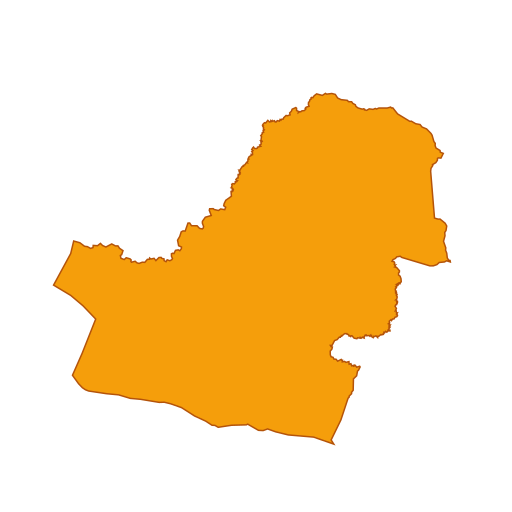 the district of Kawambwa, Luapula, Zambia, rotated 283°
{"feature_id": "96606910B68487362337591", "entity_name": "Kawambwa", "entity_type": "district", "adm_level": 2, "iso_a3": "ZMB", "parent_name": "Zambia", "parent_adm1": "Luapula", "projection": "albers", "projection_center": [29.568, -9.766], "detail": "fine", "context": "isolated", "style": "filled", "palette": "amber", "viewbox_px": 512, "rotation_deg": 283, "n_neighbors": 0, "source": "geoboundaries", "source_scale": "gbopen_adm2", "svg_char_len": 6130}
<svg xmlns="http://www.w3.org/2000/svg" viewBox="0 0 512 512"><g transform="rotate(283 256 256)"><path d="M293.9,446.7L295.3,446.1L295.3,444.6L297.2,442.8L301.7,441.2L304.3,439.4L306.6,439.1L312.5,435.4L318.2,435.6L321.4,434.6L323.5,435.4L328.1,435.1L330.5,432.9L333.4,427.0L332.9,425.2L333.1,421.4L377.9,407.1L380.8,406.8L383.9,407.9L384.7,407.4L387.4,410.2L390.0,411.2L391.9,410.9L392.6,411.5L393.0,414.2L398.1,415.4L398.6,412.2L400.2,411.6L401.7,407.1L403.9,405.7L406.1,405.3L407.5,403.6L413.3,400.4L414.8,398.9L418.2,393.6L419.0,388.8L421.0,386.3L420.8,381.9L422.3,377.0L421.8,375.6L426.3,362.0L431.1,356.0L430.7,354.7L431.4,353.7L429.7,350.6L427.8,342.4L426.3,340.3L426.6,339.0L425.2,337.1L424.8,333.2L422.8,331.0L422.8,328.9L423.4,328.9L423.7,327.9L423.0,326.5L423.2,322.2L424.2,319.7L425.7,318.8L426.5,315.9L427.8,314.5L427.2,311.4L428.2,310.0L427.5,303.7L428.3,300.0L431.3,296.9L431.4,293.3L429.6,288.4L430.1,287.1L427.4,284.5L427.6,278.6L425.2,276.6L423.0,275.8L423.1,274.6L422.4,274.0L421.4,274.4L420.5,273.4L418.4,273.3L417.6,272.6L415.5,272.9L413.8,274.0L412.3,271.4L411.0,270.7L410.5,271.5L408.6,270.4L407.7,268.0L406.6,267.2L406.6,266.3L405.2,265.0L406.4,265.0L406.9,262.8L409.1,262.3L409.6,261.4L407.2,258.2L405.0,257.9L403.0,256.6L401.2,257.5L399.7,255.0L399.7,253.7L397.0,251.9L395.5,251.7L395.1,250.3L394.0,249.8L394.5,248.8L392.7,248.5L392.7,246.3L391.0,245.3L391.1,244.1L392.0,243.6L390.9,241.6L391.5,241.3L390.6,240.7L391.2,240.0L390.1,239.9L389.6,239.0L390.8,237.0L387.8,235.5L387.8,234.3L386.4,233.4L384.9,232.9L384.4,233.9L383.8,233.5L382.6,234.6L381.3,234.6L380.8,235.7L379.5,234.7L378.3,235.6L377.3,234.3L376.4,234.6L374.3,233.6L373.7,234.5L370.0,234.8L369.6,235.5L369.4,235.0L369.0,236.1L368.2,235.6L368.4,235.1L366.3,235.9L364.9,234.6L364.0,236.0L362.4,233.0L361.5,233.1L360.8,232.3L360.4,230.3L361.6,229.1L360.5,228.4L358.7,227.9L358.0,229.4L356.7,228.4L356.2,229.2L354.2,229.8L353.9,228.5L353.2,229.1L351.3,227.0L349.5,226.5L348.9,227.2L348.4,226.4L346.4,226.8L345.4,226.0L344.9,226.5L344.9,225.7L342.3,224.6L341.3,223.2L340.6,223.6L339.9,222.4L335.9,220.9L335.8,220.3L335.3,221.0L334.9,220.4L334.0,220.9L333.7,221.8L332.4,221.3L332.3,222.0L331.5,221.6L331.3,220.3L328.1,221.0L327.8,220.2L326.0,219.2L325.1,220.0L325.2,221.0L324.3,220.6L323.8,219.2L323.2,219.6L321.3,218.6L321.4,217.2L320.4,216.2L319.5,216.8L317.5,216.6L317.1,217.2L316.8,216.8L316.5,218.2L315.9,218.1L315.5,219.0L314.3,218.8L314.7,218.0L313.3,218.1L313.2,217.2L308.7,218.6L303.5,214.0L300.0,213.2L297.7,213.2L296.7,215.5L294.1,215.1L293.9,211.0L291.9,209.2L291.9,204.7L292.5,203.7L291.6,200.2L290.0,200.2L285.4,203.3L282.4,197.9L277.8,196.0L276.0,196.3L273.0,198.3L271.3,198.3L270.3,197.6L270.2,194.8L272.2,191.8L271.0,186.3L273.2,184.0L272.8,182.3L264.4,181.4L264.0,179.2L262.7,177.7L257.9,177.3L253.8,176.0L248.6,178.3L248.0,181.4L246.3,181.6L244.0,180.6L244.5,178.9L243.4,176.3L239.9,175.5L239.9,174.0L239.1,173.1L236.7,173.7L234.7,175.2L233.5,174.8L232.0,173.1L232.3,170.3L230.2,169.6L230.8,167.5L232.5,167.0L232.5,164.7L233.3,163.9L232.7,161.8L229.0,159.5L230.8,157.2L229.4,154.2L230.1,152.8L228.8,152.8L228.3,150.9L224.8,149.1L224.4,146.6L222.5,143.8L222.5,141.7L223.7,139.4L221.9,136.0L222.8,135.2L224.0,135.3L224.9,133.9L225.1,129.9L222.9,128.4L223.4,124.9L226.0,123.7L227.0,124.8L231.3,125.2L232.8,121.3L234.8,119.2L234.2,116.8L235.3,112.7L231.0,107.7L231.7,104.1L233.3,101.6L230.4,99.3L229.7,95.0L227.5,95.3L226.2,93.1L227.2,89.6L226.9,86.8L229.3,81.4L229.6,75.0L216.7,74.9L182.1,65.3L175.9,84.4L168.6,98.6L158.5,114.0L122.1,108.5L98.5,104.0L91.6,111.9L88.6,116.5L87.3,119.9L86.8,123.3L88.2,141.3L89.8,153.3L89.0,165.6L90.4,175.7L91.6,194.6L92.9,199.5L92.8,206.2L91.5,217.6L86.3,232.1L83.8,244.1L81.2,251.2L81.7,254.1L80.6,257.7L85.6,270.3L89.3,284.5L90.3,285.7L86.7,297.6L87.5,302.2L90.1,306.2L89.1,314.8L88.9,327.6L92.5,352.9L90.2,374.1L93.7,370.6L115.4,375.6L138.1,377.7L139.4,378.5L140.5,378.3L143.3,380.1L144.8,379.8L147.0,380.9L158.2,378.6L161.9,381.0L166.8,380.8L167.8,381.6L171.3,382.4L171.9,381.8L170.5,379.4L169.9,379.7L171.8,377.2L170.5,376.0L170.7,375.4L171.4,375.6L170.5,373.9L172.4,372.7L171.5,371.1L174.0,370.3L172.6,367.6L173.2,366.0L172.3,363.9L173.9,363.7L173.7,362.9L174.4,362.3L171.9,359.2L173.4,357.3L173.1,355.1L174.6,353.9L174.7,351.8L176.5,350.6L180.0,349.7L182.3,350.9L184.5,350.9L184.6,349.6L185.3,349.7L185.3,348.9L185.6,348.6L186.0,350.2L191.3,351.6L192.8,353.9L195.5,355.3L195.8,356.4L196.3,356.3L197.1,357.5L197.7,357.2L197.8,357.9L200.3,359.8L200.8,362.1L200.2,362.4L200.2,363.8L199.0,364.7L199.4,365.1L198.8,366.4L199.7,366.6L199.9,367.4L198.0,370.1L198.1,372.9L199.2,373.4L199.4,376.1L200.1,376.0L199.6,377.0L200.6,377.7L200.4,379.6L201.2,379.0L201.3,379.7L203.3,380.0L203.9,381.0L203.1,381.4L204.0,384.3L203.5,384.9L204.8,385.6L203.8,386.2L204.2,386.6L203.4,386.9L202.8,388.6L204.3,388.9L204.2,389.6L205.2,390.8L204.0,392.8L205.1,392.6L205.2,393.5L207.6,395.4L207.4,396.4L208.2,396.9L208.3,397.8L210.4,397.8L210.1,398.6L211.7,399.1L211.2,400.6L212.9,401.7L213.1,403.4L213.9,403.2L213.8,401.4L216.8,402.6L216.8,401.5L218.9,402.3L218.6,401.3L219.7,401.3L219.8,400.3L221.0,401.2L222.4,400.5L224.3,401.8L223.6,402.6L225.3,403.2L225.7,404.6L227.6,405.2L228.5,406.8L229.7,407.3L230.4,407.0L230.5,406.1L232.3,406.5L231.9,405.8L234.6,404.7L234.2,404.2L236.5,404.6L238.3,402.8L239.8,403.1L240.2,403.9L242.1,403.7L241.8,404.2L242.7,404.3L243.7,404.0L243.5,403.1L244.9,402.8L244.8,402.2L245.6,402.8L247.9,402.8L249.0,401.7L250.0,402.2L250.7,400.9L251.3,401.4L252.2,401.0L252.0,400.3L253.0,400.4L252.8,400.0L255.2,399.1L256.5,399.8L257.3,399.2L257.4,399.9L259.3,399.5L259.1,400.7L260.1,401.1L260.8,401.0L260.6,400.0L261.2,400.7L261.8,400.3L261.0,401.5L261.4,402.5L262.2,401.8L262.6,402.8L263.6,403.3L266.5,402.4L268.8,400.9L269.5,399.2L271.6,398.7L272.6,399.3L273.9,399.1L276.3,395.8L276.5,394.0L276.9,394.6L277.9,393.5L278.6,393.9L278.4,393.3L279.1,392.5L280.3,392.8L281.5,391.7L281.4,389.8L283.2,390.2L285.0,392.4L286.8,393.3L288.2,396.6L287.4,398.3L285.5,427.6L286.3,431.0L288.3,434.2L290.9,436.0L292.6,441.0L294.2,442.8L293.9,446.7Z" fill="#f59e0b" stroke="#b45309" stroke-width="1.5"/></g></svg>